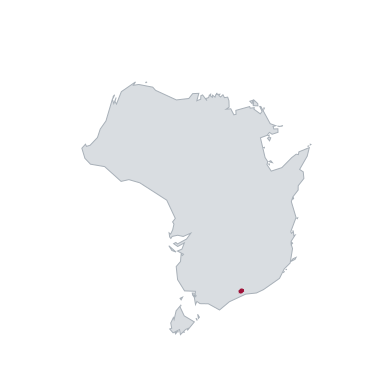 Blue Mountains, New South Wales, Australia (highlighted), rotated 43°
{"feature_id": "25037944B17662775697590", "entity_name": "Blue Mountains", "entity_type": "district", "adm_level": 2, "iso_a3": "AUS", "parent_name": "Australia", "parent_adm1": "New South Wales", "projection": "mercator", "projection_center": [150.399, -33.632], "detail": "fine", "context": "in_parent", "style": "filled", "palette": "rose", "viewbox_px": 384, "rotation_deg": 43, "n_neighbors": 0, "source": "geoboundaries", "source_scale": "gbopen_adm2", "svg_char_len": 4975}
<svg xmlns="http://www.w3.org/2000/svg" viewBox="0 0 384 384"><g transform="rotate(43 192 192)"><path d="M251.8,87.2L255.3,102.1L259.6,101.4L264.6,105.8L265.4,115.0L268.3,118.2L269.1,126.8L271.2,131.3L285.5,139.7L291.3,153.7L292.9,154.4L293.2,151.9L296.3,154.5L296.8,153.2L298.1,160.4L300.0,162.5L304.1,164.8L312.2,177.0L311.9,185.4L314.9,195.5L310.8,214.8L308.0,221.9L300.9,230.1L294.2,246.7L292.6,259.5L280.2,262.6L274.0,268.2L270.2,268.7L271.3,271.9L265.2,267.2L266.1,266.1L265.7,265.0L264.6,264.9L262.6,266.9L261.1,265.7L263.5,263.8L262.2,262.3L254.0,269.4L241.2,265.9L231.3,257.3L231.0,250.7L226.4,244.8L228.3,245.0L228.3,243.3L221.6,245.1L223.6,240.7L221.1,234.4L218.7,241.6L213.8,242.3L214.6,239.9L216.8,239.9L220.1,230.1L219.2,222.9L215.9,230.5L211.0,233.4L207.8,238.0L208.2,240.4L206.3,240.1L203.1,237.5L205.1,237.4L203.7,232.9L200.7,227.8L198.2,227.1L197.8,222.7L179.1,215.2L147.5,220.9L137.4,226.0L132.9,232.6L110.8,233.0L98.8,240.9L90.7,240.4L81.6,235.1L81.5,229.7L83.7,230.6L85.6,227.3L85.7,216.6L82.0,208.6L80.6,198.7L70.5,178.5L74.5,180.7L72.1,174.6L73.8,178.2L76.8,179.2L71.9,166.8L75.6,150.0L76.3,154.0L79.7,149.7L91.8,142.1L96.0,142.5L117.8,135.3L125.9,125.8L125.4,119.6L129.7,115.2L133.3,122.0L135.1,118.2L132.8,115.5L133.5,113.8L140.6,115.0L138.3,114.3L139.8,111.6L138.6,109.3L142.3,108.9L141.0,107.2L144.1,106.9L143.0,104.4L145.7,101.5L145.9,103.2L148.1,103.0L148.3,99.8L151.4,100.9L153.4,98.3L156.8,100.1L161.3,104.6L160.5,108.2L163.6,104.7L170.0,107.0L171.2,105.1L168.4,102.4L175.9,90.2L177.4,91.0L180.0,87.9L180.9,89.2L188.6,88.3L188.3,85.3L183.2,83.2L184.0,82.5L202.6,88.7L208.0,86.4L206.6,88.8L208.9,90.1L211.7,87.2L214.2,89.7L211.2,95.1L208.0,95.6L208.2,99.5L205.1,105.7L222.0,117.0L226.6,118.1L228.1,120.8L235.7,122.7L241.1,112.9L241.5,98.7L242.4,93.3L244.3,92.1L242.8,89.7L247.5,79.5L251.8,87.2ZM261.1,284.0L270.8,287.9L282.3,285.4L283.0,296.4L282.2,294.4L281.1,296.8L280.8,304.2L276.7,301.1L274.2,307.9L269.1,307.4L270.1,305.5L265.8,302.3L264.0,296.5L265.9,297.5L261.4,289.7L261.1,284.0ZM174.5,82.5L179.8,82.5L181.5,84.0L177.9,87.1L174.5,82.5ZM211.7,247.1L221.3,246.8L217.2,248.5L211.7,247.1ZM212.7,98.7L213.8,101.7L210.5,101.2L211.0,99.1L212.7,98.7ZM311.6,175.6L311.4,171.9L312.7,168.8L313.3,171.0L311.6,175.6ZM279.5,277.6L282.8,278.5L282.9,280.0L279.5,277.6ZM173.9,83.4L175.8,86.4L172.4,86.2L173.9,83.4ZM257.6,278.3L255.8,277.9L256.8,275.3L257.6,278.3ZM230.8,115.7L229.2,116.6L227.5,117.1L228.3,115.4L230.8,115.7ZM70.5,177.6L69.2,175.8L69.1,174.1L69.3,174.1L70.5,177.6ZM282.2,281.5L283.4,282.5L281.0,281.7L282.2,281.5ZM299.3,160.8L300.5,160.8L300.5,162.5L299.3,160.8ZM269.5,126.7L270.9,127.6L270.7,128.2L269.5,126.7ZM276.6,305.2L276.8,307.0L275.5,306.4L276.6,305.2ZM313.8,186.8L313.9,188.9L313.8,186.8ZM188.1,82.4L187.2,81.6L187.7,81.2L188.1,82.4ZM212.9,82.5L211.6,84.0L213.1,81.4L212.9,82.5ZM314.0,184.3L313.4,185.0L313.8,184.2L314.0,184.3ZM214.9,110.3L214.1,110.6L214.5,109.9L214.9,110.3ZM210.1,98.6L209.2,98.8L209.7,97.8L210.1,98.6ZM84.1,142.2L83.8,143.4L83.4,143.3L84.1,142.2ZM245.9,78.8L245.8,79.9L245.5,79.1L245.9,78.8ZM264.6,265.5L264.9,266.3L264.5,266.1L264.6,265.5ZM211.3,84.5L209.5,85.5L211.3,84.2L211.3,84.5ZM143.1,102.9L142.5,103.6L142.9,102.8L143.1,102.9ZM277.3,303.8L276.7,304.2L277.0,303.5L277.3,303.8ZM230.0,119.3L229.0,119.3L229.5,118.7L230.0,119.3ZM139.6,108.4L139.1,108.8L139.0,107.8L139.6,108.4ZM282.0,300.0L281.1,300.5L281.4,299.5L282.0,300.0ZM246.5,76.1L246.4,76.8L245.9,76.4L246.5,76.1ZM264.1,266.6L265.0,267.4L263.6,267.1L264.1,266.6ZM287.3,139.6L286.6,139.7L286.9,138.8L287.3,139.6ZM292.6,151.8L292.3,151.8L292.5,151.1L292.6,151.8ZM261.5,282.7L261.3,283.3L261.1,282.5L261.5,282.7Z" fill="#d9dde1" stroke="#a8b0b8" stroke-width="1"/><path d="M297.0,230.9L297.0,230.7L296.9,230.7L296.7,230.7L296.8,230.4L296.7,230.4L296.4,230.4L296.4,230.2L296.5,230.2L296.4,230.2L296.5,230.1L296.4,230.1L296.2,230.1L295.9,230.2L295.7,230.0L295.7,229.9L295.7,229.6L295.8,229.6L296.0,229.5L296.0,229.4L296.0,229.2L296.1,228.9L296.2,228.7L296.3,228.7L296.2,228.6L296.0,228.8L295.9,228.8L295.9,229.0L295.8,229.3L295.7,229.4L295.8,229.4L295.7,229.4L295.8,229.4L295.7,229.4L295.6,229.5L295.6,229.4L295.4,229.4L295.5,229.4L295.5,229.5L295.4,229.5L295.4,229.4L295.4,229.5L295.2,229.5L295.2,229.4L295.2,229.5L294.9,229.7L294.7,229.5L294.6,230.0L294.4,230.0L294.4,229.9L294.3,230.0L294.5,230.1L294.5,230.3L294.7,230.5L294.5,230.8L294.4,230.7L294.4,230.8L294.3,231.1L294.1,231.0L294.3,231.1L294.2,231.2L294.2,231.3L294.2,231.2L294.2,231.3L294.2,231.5L294.1,231.8L294.1,232.0L294.1,231.9L294.2,232.0L294.1,232.3L294.3,232.4L294.5,232.3L294.5,232.2L294.6,232.3L294.6,232.2L294.8,232.1L295.0,232.1L295.2,231.9L295.2,231.7L295.3,231.7L295.6,231.8L295.5,232.0L295.6,232.3L295.8,232.4L295.8,232.5L295.9,232.4L296.0,232.4L296.1,232.2L296.2,232.3L296.3,232.3L296.5,232.4L296.6,232.2L296.7,231.9L296.8,231.8L296.9,231.6L296.9,231.4L297.0,231.3L297.0,231.2L296.9,231.2L297.0,231.2L297.0,230.9Z" fill="#f43f5e" stroke="#9f1239" stroke-width="1.5"/></g></svg>